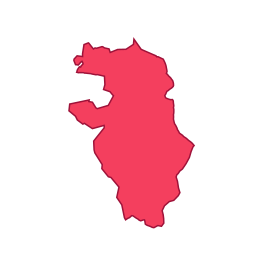 the district of Ife South, Osun, Nigeria, rotated 305°
{"feature_id": "59680162B5974853059370", "entity_name": "Ife South", "entity_type": "district", "adm_level": 2, "iso_a3": "NGA", "parent_name": "Nigeria", "parent_adm1": "Osun", "projection": "albers", "projection_center": [4.591, 7.196], "detail": "fine", "context": "isolated", "style": "filled", "palette": "rose", "viewbox_px": 256, "rotation_deg": 305, "n_neighbors": 0, "source": "geoboundaries", "source_scale": "gbopen_adm2", "svg_char_len": 3256}
<svg xmlns="http://www.w3.org/2000/svg" viewBox="0 0 256 256"><g transform="rotate(305 128 128)"><path d="M79.7,129.9L76.8,139.9L77.7,142.4L74.4,154.5L64.7,158.6L61.5,167.0L52.5,176.5L51.4,178.7L52.2,179.0L54.0,179.7L55.4,180.6L56.9,181.0L58.3,181.3L58.9,182.4L58.9,184.0L58.9,185.6L58.9,186.5L59.1,188.3L58.9,190.1L59.3,191.7L61.5,193.3L62.2,194.2L61.3,195.3L59.2,197.3L59.2,198.9L59.4,200.0L59.9,201.6L60.3,203.4L60.5,204.8L61.2,206.4L63.8,207.7L65.2,208.4L66.7,211.8L70.6,211.9L74.2,209.2L77.0,206.7L79.9,203.4L85.2,202.5L91.4,204.0L95.0,207.0L101.4,208.0L104.8,207.6L107.8,203.8L112.7,199.1L115.5,195.5L117.8,194.8L119.4,195.2L122.4,195.1L123.7,195.5L125.6,196.1L132.1,196.0L139.0,195.2L144.9,193.2L149.6,192.1L151.6,192.2L152.0,190.6L152.3,189.7L152.6,187.2L152.6,184.7L153.0,181.8L152.9,178.2L153.3,177.1L153.3,175.7L153.3,173.1L154.3,171.3L155.0,169.5L156.1,168.1L157.5,165.5L158.2,163.7L159.7,161.9L161.4,160.1L163.2,159.0L165.0,157.6L166.5,156.9L168.2,155.8L169.7,154.7L170.7,153.6L172.2,152.9L172.8,152.5L173.2,152.1L174.7,150.7L176.1,149.6L176.5,148.9L176.8,148.1L175.7,146.7L175.0,144.9L174.6,143.1L174.3,142.4L174.6,141.0L175.7,139.5L177.1,139.5L180.3,138.8L181.8,139.5L183.2,139.8L186.1,140.9L187.9,141.2L189.0,140.9L189.5,140.5L190.0,140.1L190.5,139.7L191.1,139.1L191.6,138.5L192.5,137.3L192.9,135.8L193.6,134.0L193.9,131.6L194.6,129.3L194.6,128.2L196.8,127.5L200.7,123.5L201.8,122.1L202.8,120.6L203.6,119.2L204.6,117.4L203.6,111.7L202.8,110.7L203.1,109.8L203.2,109.7L200.3,95.4L200.0,93.6L204.2,81.9L202.8,82.7L199.6,84.5L191.3,81.2L186.4,74.5L179.7,70.1L181.9,67.1L180.1,62.7L180.1,60.9L179.8,60.1L179.1,59.5L178.3,58.9L175.2,56.4L174.7,55.1L172.9,54.3L175.0,47.3L175.0,46.7L171.1,44.1L162.7,48.2L160.5,49.8L157.9,44.9L153.5,44.3L152.2,45.0L149.8,48.7L149.9,49.0L150.3,49.5L150.4,49.8L150.6,50.2L150.8,50.6L150.9,50.9L151.0,51.1L151.3,51.2L151.6,51.2L151.9,51.3L152.1,51.3L152.4,51.3L152.5,51.3L152.9,51.4L153.1,51.4L153.3,51.4L153.5,51.4L153.8,51.4L154.0,51.5L154.3,51.5L154.5,51.5L154.9,51.6L155.1,51.7L155.4,51.7L155.6,51.8L155.9,51.9L156.1,51.9L156.2,52.0L156.3,52.1L156.2,52.2L156.1,52.4L156.1,52.5L155.9,52.7L155.8,52.8L155.8,53.0L155.7,53.1L155.6,53.3L155.4,53.6L155.3,53.8L155.2,53.9L155.2,54.0L154.9,54.2L154.8,54.3L154.7,54.4L154.4,54.4L154.2,54.4L153.9,54.3L153.7,54.3L153.4,54.2L153.2,54.2L152.9,54.2L152.7,54.1L152.4,54.0L152.2,54.0L151.9,54.0L151.7,54.0L151.4,54.2L151.2,54.2L151.0,54.3L150.9,54.3L150.7,54.2L150.6,53.9L150.5,53.7L150.4,53.6L150.3,53.4L150.3,53.2L150.1,53.1L149.9,53.1L149.6,53.1L149.4,53.1L149.2,53.1L148.9,53.1L148.7,53.1L148.3,53.1L148.1,53.1L147.9,53.1L147.7,53.1L147.3,53.1L147.1,53.1L146.9,53.2L146.7,53.2L146.4,53.3L146.2,53.3L145.9,53.4L145.6,53.5L145.4,53.6L145.1,53.7L144.9,53.8L144.7,53.9L144.2,54.0L144.9,55.8L145.2,56.0L147.8,59.8L148.0,60.8L148.9,62.2L149.4,63.2L151.1,66.2L151.6,67.6L153.2,71.2L154.2,72.3L156.1,77.0L156.9,79.0L150.3,84.2L145.5,85.9L147.4,92.4L146.3,96.4L146.1,97.6L135.2,98.9L126.2,91.7L126.1,90.1L128.7,84.1L127.2,80.7L128.7,80.1L114.2,66.5L108.2,69.8L107.5,78.3L105.5,81.9L105.3,88.8L106.8,89.6L107.1,99.2L116.4,106.9L115.7,107.6L114.4,108.4L101.6,107.6L97.6,107.4L90.6,112.8L88.6,115.1L83.2,127.9L79.7,129.9Z" fill="#f43f5e" stroke="#9f1239" stroke-width="1.5"/></g></svg>